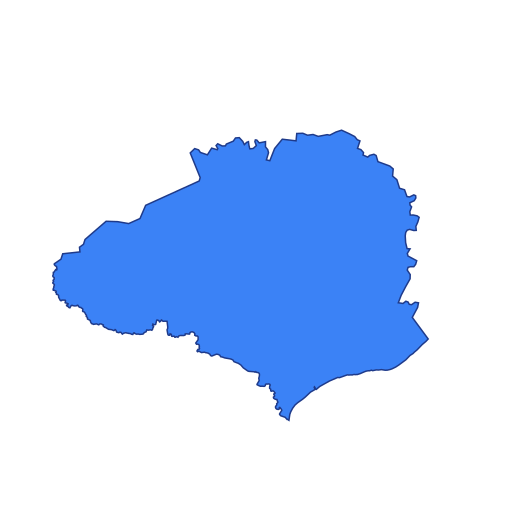 outline of Ecilda Paullier, San José, Uruguay, rotated 288°
{"feature_id": "84410073B50941503213986", "entity_name": "Ecilda Paullier", "entity_type": "district", "adm_level": 2, "iso_a3": "URY", "parent_name": "Uruguay", "parent_adm1": "San José", "projection": "mercator", "projection_center": [-57.073, -34.372], "detail": "fine", "context": "isolated", "style": "filled", "palette": "blue", "viewbox_px": 512, "rotation_deg": 288, "n_neighbors": 0, "source": "geoboundaries", "source_scale": "gbopen_adm2", "svg_char_len": 6097}
<svg xmlns="http://www.w3.org/2000/svg" viewBox="0 0 512 512"><g transform="rotate(288 256 256)"><path d="M110.3,335.8L110.5,335.9L109.9,338.1L115.8,337.1L118.6,337.2L122.6,337.9L126.4,339.2L129.4,341.0L134.2,344.6L137.0,346.4L143.4,349.9L147.4,353.5L149.1,351.9L149.6,352.0L149.1,352.8L148.2,353.4L147.8,353.4L147.7,354.0L147.9,354.3L147.8,354.6L151.7,357.0L159.8,364.5L165.7,371.2L166.1,373.0L171.2,379.6L171.4,380.9L172.4,383.3L172.5,384.1L173.4,385.4L173.8,386.4L173.8,387.0L174.4,388.2L174.4,388.7L176.3,391.4L179.3,394.8L180.5,396.3L181.5,398.1L182.0,399.6L183.1,401.1L183.0,402.4L184.9,405.7L185.4,407.7L186.7,410.4L187.3,414.2L188.1,416.3L189.5,418.6L190.7,420.2L193.6,423.2L196.6,425.6L203.6,430.6L209.0,433.2L211.8,435.5L213.5,436.3L216.5,438.2L223.1,441.4L227.3,444.0L230.3,445.4L245.9,423.6L257.0,425.6L261.7,425.0L261.2,421.6L257.8,419.0L257.4,416.7L259.2,414.9L259.3,412.5L256.3,410.5L255.5,405.8L263.5,406.2L273.0,407.8L281.9,409.6L286.0,408.4L289.3,404.2L292.2,404.1L293.5,406.1L294.6,409.4L297.4,410.4L301.2,410.3L302.9,400.6L305.2,399.1L310.4,400.3L309.7,397.4L314.9,394.2L321.3,391.7L324.6,391.1L327.3,391.8L328.8,393.9L329.0,398.2L329.9,400.5L333.5,398.9L338.4,399.4L343.2,399.2L344.0,396.8L343.6,393.0L342.6,390.1L345.6,388.6L350.8,388.8L352.0,386.8L354.1,385.8L357.5,389.4L360.6,390.1L362.7,389.2L362.9,387.2L359.6,383.8L359.2,381.2L364.9,376.8L364.8,371.6L372.1,366.4L374.2,361.2L381.2,359.6L382.9,355.5L383.4,342.8L388.7,339.2L389.2,336.7L386.8,333.0L384.6,331.7L385.1,326.6L387.6,326.3L389.6,322.9L389.7,319.3L397.6,319.3L397.9,316.3L400.1,313.0L401.1,307.0L402.1,298.5L398.6,293.7L393.7,288.8L393.4,286.2L389.0,278.2L389.2,272.7L386.8,267.7L387.2,262.6L385.1,256.9L377.9,258.5L375.2,244.9L364.0,240.5L350.9,239.7L350.6,236.2L358.1,236.0L360.8,234.3L362.7,231.3L367.7,229.7L364.6,224.1L366.5,220.9L366.2,219.5L364.4,219.6L361.1,222.2L357.4,220.1L356.0,217.0L359.2,215.0L362.4,213.5L361.2,212.0L358.3,210.5L360.9,208.0L363.4,203.5L361.9,200.0L358.2,198.9L353.3,193.2L351.3,192.9L350.2,189.9L350.9,184.9L348.7,183.9L346.3,186.5L345.1,186.3L344.9,180.5L337.2,178.5L337.3,171.1L339.2,168.6L339.2,164.5L333.7,161.6L313.3,178.7L309.8,178.8L270.1,135.4L255.8,134.1L247.5,124.9L245.9,113.8L242.7,102.7L218.9,88.3L213.8,88.3L209.8,85.4L205.5,87.3L198.4,71.5L192.7,71.5L186.3,66.6L185.5,66.8L185.1,67.4L184.6,68.3L184.4,69.5L182.4,70.6L181.3,70.8L181.1,70.5L181.5,70.2L181.3,69.7L178.3,68.9L177.8,68.3L175.6,69.0L174.9,68.8L174.0,69.0L173.5,69.5L173.2,70.6L172.8,70.9L172.5,70.8L171.6,71.2L171.0,71.1L170.5,70.6L169.9,70.6L169.1,71.4L168.0,71.0L167.5,71.1L166.6,72.9L166.2,73.2L164.6,73.1L164.0,73.4L161.9,73.3L161.2,73.5L160.8,73.8L161.1,74.9L160.8,75.4L160.9,76.0L160.8,76.7L160.2,77.1L159.5,76.8L158.8,77.8L157.9,78.1L158.0,79.4L157.5,80.4L155.7,81.1L153.3,83.6L153.2,84.4L153.6,84.9L154.1,85.0L155.0,88.1L154.9,88.4L154.6,88.7L152.6,88.9L152.5,89.2L152.7,90.7L152.5,92.0L152.1,91.9L151.6,92.1L151.4,91.6L150.7,91.0L150.2,91.3L149.9,92.2L150.0,92.6L149.2,93.9L149.2,95.0L151.5,95.5L152.3,96.2L152.2,97.2L152.4,98.6L153.0,100.4L153.9,101.2L154.1,101.7L153.9,102.2L153.6,102.2L152.8,103.6L152.7,104.4L153.0,105.3L152.6,105.8L152.3,107.3L151.5,107.9L150.4,108.0L149.9,108.2L149.7,108.6L149.8,109.4L149.4,110.5L147.9,112.0L147.2,113.1L146.1,113.2L145.4,114.7L144.1,115.1L143.9,115.5L143.6,117.8L143.3,118.4L142.5,118.8L141.4,119.8L140.8,121.0L141.0,121.7L140.7,122.4L142.2,125.4L141.9,127.5L142.1,127.9L142.8,128.1L143.3,128.8L143.6,130.3L143.2,131.1L143.3,132.1L142.2,132.3L141.4,134.0L141.5,135.1L140.7,138.4L141.3,141.4L141.1,143.9L141.5,144.3L142.5,144.7L142.5,145.1L141.7,146.1L140.6,146.9L140.6,148.8L140.8,149.4L141.4,149.8L141.7,151.0L140.5,152.8L140.4,153.1L141.6,153.9L142.9,156.0L142.8,157.2L143.1,158.1L143.0,158.6L143.4,160.4L143.1,161.9L143.3,163.1L144.9,163.4L145.3,163.9L145.2,164.3L144.9,164.4L144.7,166.4L145.4,168.1L145.5,169.6L146.6,172.2L147.2,173.0L148.6,173.3L150.0,174.9L151.9,174.9L152.0,175.1L152.1,176.3L153.2,178.6L153.2,179.9L154.6,180.3L156.1,180.1L156.6,180.4L157.1,180.4L157.5,180.3L157.9,179.1L159.4,179.0L159.2,180.2L159.5,181.2L160.0,181.7L164.3,181.4L164.6,181.8L164.6,183.0L164.4,183.8L163.7,184.3L163.5,184.7L164.3,185.3L165.7,185.7L166.0,186.0L165.4,186.9L165.2,187.8L165.9,189.6L166.4,191.6L161.2,194.0L159.7,194.4L158.5,194.2L157.9,194.4L154.5,196.2L153.7,197.0L153.7,197.5L153.9,198.2L154.4,198.5L155.3,198.2L155.5,198.5L155.3,199.7L154.6,199.9L153.6,200.7L153.7,201.3L154.2,202.2L154.4,203.2L153.7,203.8L154.0,204.7L154.6,205.1L154.8,205.5L154.6,206.9L156.4,207.5L157.1,208.8L158.0,211.8L158.7,212.8L159.0,213.0L160.1,212.8L160.6,214.3L161.1,216.7L161.4,217.0L162.8,216.9L163.5,217.5L164.2,218.7L164.1,220.6L163.1,221.9L161.7,222.2L161.4,223.6L161.8,225.0L161.6,225.5L161.0,226.0L158.5,226.8L154.6,225.6L153.7,226.7L154.1,227.5L154.1,228.9L153.5,229.6L152.6,230.1L151.8,230.0L150.8,230.8L150.0,230.8L149.3,229.7L147.9,229.2L147.2,229.4L146.9,230.1L147.6,230.8L147.8,231.4L147.3,234.0L148.6,236.7L148.5,238.1L148.7,238.9L148.8,240.4L148.3,242.6L147.3,243.5L147.2,244.9L150.4,248.7L150.7,250.2L150.5,252.2L149.3,253.5L149.5,255.5L149.4,257.7L150.2,263.3L150.2,264.8L149.9,266.3L148.7,267.7L148.5,271.0L148.5,272.2L147.7,275.2L145.7,278.5L144.1,283.7L144.1,284.9L145.4,290.3L145.2,290.7L145.4,291.3L145.9,291.5L145.5,292.7L145.8,294.2L145.3,295.4L144.4,295.9L142.8,296.3L140.6,296.4L138.5,297.5L134.3,296.6L133.9,296.8L133.5,299.5L133.5,300.6L134.1,302.1L134.4,303.5L134.7,304.3L135.2,304.7L135.7,304.9L136.6,304.7L137.4,305.2L137.7,306.4L138.3,307.7L138.2,308.9L137.6,309.4L136.6,309.2L134.7,309.7L134.3,309.9L133.9,311.1L132.3,311.7L132.2,312.6L132.9,313.6L132.9,314.6L131.7,316.4L131.2,316.5L130.3,315.6L129.9,315.7L128.8,316.9L128.1,316.9L127.3,316.2L126.6,316.4L126.1,316.9L125.8,318.1L125.7,318.7L126.0,320.3L124.9,320.9L123.9,321.9L123.4,322.0L121.9,321.3L120.8,321.8L119.0,321.1L117.9,321.4L117.4,321.8L116.8,322.8L116.9,324.5L117.2,325.0L117.8,325.4L119.1,325.0L119.3,325.2L119.3,325.7L117.7,327.9L117.1,328.2L113.2,327.2L112.6,327.4L111.7,328.9L111.6,333.6L110.3,335.8Z" fill="#3b82f6" stroke="#1e3a8a" stroke-width="1.5"/></g></svg>